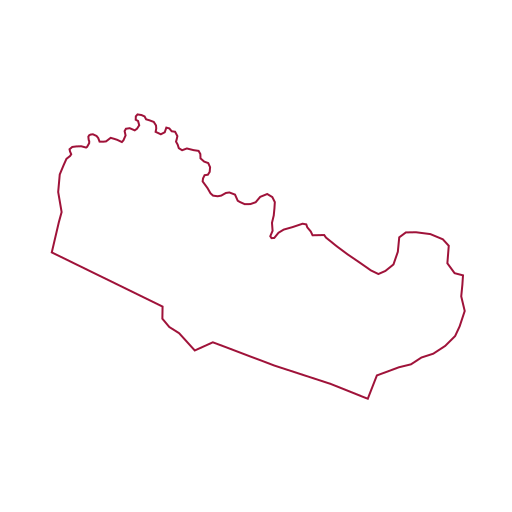 Ethiope West, Delta, Nigeria, rotated 170°
{"feature_id": "59680162B36658267128816", "entity_name": "Ethiope West", "entity_type": "district", "adm_level": 2, "iso_a3": "NGA", "parent_name": "Nigeria", "parent_adm1": "Delta", "projection": "orthographic", "projection_center": [5.764, 5.912], "detail": "fine", "context": "isolated", "style": "outline", "palette": "rose", "viewbox_px": 512, "rotation_deg": 170, "n_neighbors": 0, "source": "geoboundaries", "source_scale": "gbopen_adm2", "svg_char_len": 2009}
<svg xmlns="http://www.w3.org/2000/svg" viewBox="0 0 512 512"><g transform="rotate(170 256 256)"><path d="M425.8,384.6L429.8,378.7L435.1,370.4L439.7,353.4L439.8,333.0L444.3,323.5L456.5,295.0L356.8,222.4L359.1,210.5L353.7,201.1L345.1,193.3L332.7,173.6L313.5,178.5L302.1,171.8L278.5,157.7L270.3,152.9L257.1,145.0L204.6,117.0L176.4,99.5L170.7,96.0L169.2,98.5L157.7,117.4L134.6,121.6L122.2,122.4L110.7,127.3L98.4,129.0L85.3,134.6L73.8,142.6L67.7,151.3L60.0,165.6L60.9,180.6L57.8,191.7L55.5,201.0L63.4,204.6L68.8,215.6L64.4,232.6L69.1,240.0L80.5,247.3L94.3,251.6L104.3,253.2L111.7,249.5L115.6,235.5L122.1,223.8L131.2,218.8L138.6,217.0L145.4,221.9L153.9,230.4L165.5,241.7L174.0,250.7L176.0,252.9L183.9,262.0L185.2,264.8L196.7,266.6L197.8,270.6L200.5,275.3L201.0,278.4L204.5,279.7L215.1,278.1L224.1,277.2L229.8,275.0L234.9,270.6L237.6,270.9L238.5,273.0L235.3,277.9L234.5,285.9L231.5,292.8L229.6,299.6L228.1,305.8L229.7,311.2L234.2,315.1L241.6,313.5L247.0,309.0L252.5,308.1L258.1,309.0L262.5,312.0L264.4,313.6L266.0,320.1L271.2,323.2L274.7,323.3L279.8,321.5L283.4,321.5L287.8,322.9L289.9,325.6L292.0,331.4L295.6,338.7L294.7,341.6L292.6,344.5L289.3,344.4L287.0,346.9L285.8,351.4L286.9,355.8L290.7,358.0L293.7,361.8L293.1,366.1L294.3,369.5L299.1,371.1L305.4,373.9L310.4,373.0L313.3,375.6L313.8,379.3L314.9,382.5L313.8,384.8L312.6,387.7L314.1,392.4L317.4,393.5L319.2,396.7L322.0,398.0L324.4,393.7L328.6,392.4L333.3,395.7L332.1,398.9L331.8,401.9L333.4,405.8L337.3,408.1L340.5,409.7L341.5,412.8L344.3,414.7L348.1,416.0L350.1,414.4L350.8,411.1L348.7,409.4L348.3,405.0L351.1,402.0L353.6,400.8L358.2,403.8L362.0,403.9L363.7,401.8L363.5,397.4L366.5,392.9L368.3,391.5L372.5,394.5L375.3,396.0L378.6,397.6L383.8,394.9L386.7,395.1L390.2,395.8L390.9,399.6L392.2,401.9L395.5,404.2L397.9,404.3L399.4,403.8L400.4,402.6L400.6,399.2L400.3,398.0L400.7,396.1L403.4,392.8L404.5,392.3L409.0,394.4L413.8,395.1L418.0,395.3L421.1,393.5L421.0,391.2L420.3,388.3L421.7,386.8L425.8,384.6Z" fill="none" stroke="#9f1239" stroke-width="2"/></g></svg>